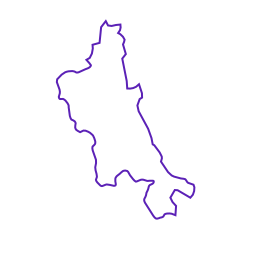 map outline of Genova (Natural Earth projection), rotated 232°
{"feature_id": "ITA-5367", "entity_name": "Genova", "entity_type": "Province", "adm_level": 1, "iso_a3": "ITA", "parent_name": "Italy", "parent_adm1": "", "projection": "natural_earth1", "projection_center": [9.041, 44.45], "detail": "fine", "context": "isolated", "style": "outline", "palette": "violet", "viewbox_px": 256, "rotation_deg": 232, "n_neighbors": 0, "source": "natural_earth", "source_scale": "10m", "svg_char_len": 2538}
<svg xmlns="http://www.w3.org/2000/svg" viewBox="0 0 256 256"><g transform="rotate(232 128 128)"><path d="M214.2,185.7L211.8,184.1L210.0,181.9L208.9,178.7L206.6,179.7L203.0,180.2L199.7,179.7L198.2,177.8L196.9,175.5L187.6,171.8L186.2,166.2L165.8,155.9L159.6,151.7L157.7,154.0L156.3,156.6L155.5,159.7L155.7,163.6L146.8,160.4L143.3,157.8L143.6,155.0L140.0,149.3L134.6,146.7L115.0,143.4L105.6,140.3L99.9,137.4L98.2,138.1L89.2,137.9L84.7,137.0L83.2,136.0L81.2,133.3L68.6,132.4L63.7,133.2L61.3,134.4L55.7,138.6L53.6,140.7L52.3,141.6L50.8,141.6L49.2,141.4L47.8,141.6L43.0,144.7L40.4,143.8L37.6,141.3L35.5,138.1L34.7,134.2L48.4,128.8L50.3,126.7L47.0,118.5L42.2,117.5L37.0,117.9L30.1,111.7L33.6,109.6L35.1,108.1L36.6,106.0L37.0,105.2L37.3,104.4L37.4,103.6L37.1,102.8L36.8,102.1L36.5,101.3L36.6,100.4L36.8,99.6L37.6,98.0L37.8,97.1L38.5,95.4L39.0,94.7L39.7,94.2L41.2,93.9L43.4,93.9L58.7,95.4L60.2,95.8L61.3,96.4L61.9,97.0L62.3,97.7L63.0,99.3L63.9,100.8L65.6,102.7L66.7,105.0L67.6,106.5L69.1,108.4L69.5,109.2L69.6,110.1L69.0,112.8L69.0,113.8L69.3,114.6L69.8,115.2L70.3,115.5L70.8,115.4L71.3,114.9L73.1,112.6L74.1,111.0L74.7,110.4L77.6,108.4L78.2,107.9L78.7,107.2L79.2,106.5L79.5,105.6L80.5,102.0L80.9,101.2L82.4,100.7L84.6,100.5L89.5,100.5L93.4,101.1L94.6,100.9L96.1,99.7L96.8,98.6L97.2,97.5L97.2,96.5L97.2,95.5L97.0,93.4L97.0,90.1L96.9,89.1L96.6,88.2L96.3,87.4L95.8,86.8L93.8,85.2L91.4,83.9L90.8,83.4L90.5,82.7L90.7,82.0L91.1,81.3L94.4,78.6L96.6,76.5L96.8,76.1L97.1,75.4L98.0,72.3L98.3,71.7L98.8,71.2L99.8,70.8L104.0,70.3L105.7,70.4L106.9,70.8L108.6,73.4L109.7,74.1L111.3,75.0L114.6,76.4L117.2,78.0L120.0,81.2L122.7,83.2L132.1,86.4L134.1,87.5L135.2,88.7L135.4,90.8L135.6,91.8L135.9,92.5L136.5,93.1L137.2,93.7L138.2,94.2L140.9,95.2L143.6,95.8L144.7,95.7L147.7,95.1L149.6,94.3L152.0,92.9L153.4,91.3L154.2,87.7L156.5,86.7L158.4,86.1L159.6,86.2L160.9,86.7L162.4,88.0L164.0,89.7L164.9,90.0L166.0,90.1L167.6,89.6L169.5,88.6L171.1,88.8L173.3,89.6L181.2,94.2L181.8,94.8L183.0,95.3L184.7,95.6L188.2,95.6L189.8,95.2L190.9,94.7L192.4,92.6L193.0,92.1L193.9,92.1L195.1,92.6L197.3,95.6L198.6,96.7L200.4,97.7L208.0,100.2L210.0,102.2L210.1,103.1L210.9,108.5L210.6,112.8L210.1,114.3L209.3,116.0L207.2,119.1L205.9,120.3L204.7,121.0L203.8,121.3L203.1,121.9L202.7,122.6L202.3,123.4L200.5,130.8L199.9,132.7L199.6,133.9L199.5,135.4L199.8,136.7L200.3,137.4L202.8,137.5L207.3,137.2L206.8,141.0L208.9,145.4L212.3,149.2L215.4,151.3L212.6,158.0L224.0,168.9L225.9,176.3L221.1,175.4L218.5,177.9L216.6,181.9L214.2,185.7Z" fill="none" stroke="#5b21b6" stroke-width="2"/></g></svg>